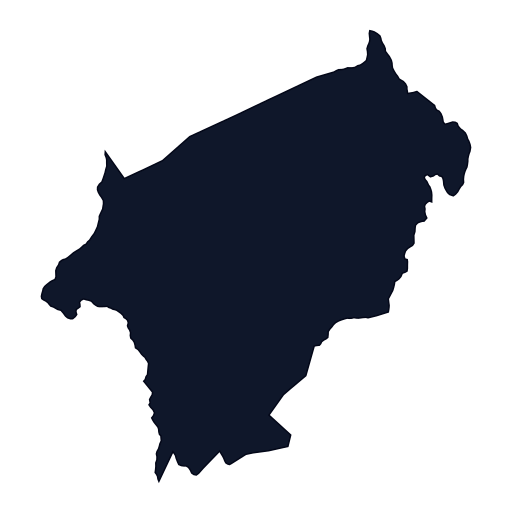 Jaguarari, Bahia, Brazil (Robinson projection)
{"feature_id": "56859067B76706661929889", "entity_name": "Jaguarari", "entity_type": "district", "adm_level": 2, "iso_a3": "BRA", "parent_name": "Brazil", "parent_adm1": "Bahia", "projection": "robinson", "projection_center": [-40.065, -10.053], "detail": "fine", "context": "isolated", "style": "filled", "palette": "ink", "viewbox_px": 512, "rotation_deg": 0, "n_neighbors": 0, "source": "geoboundaries", "source_scale": "gbopen_adm2", "svg_char_len": 4896}
<svg xmlns="http://www.w3.org/2000/svg" viewBox="0 0 512 512"><path d="M453.3,195.8L455.5,194.2L457.7,191.7L459.2,188.9L460.8,186.4L462.6,184.6L463.6,182.4L463.4,179.3L463.7,176.1L464.2,173.8L464.9,171.5L465.9,169.1L466.9,167.1L467.4,164.5L467.8,161.3L467.8,158.9L468.3,156.3L469.1,153.4L469.9,151.5L470.6,147.5L470.0,144.4L468.8,141.1L467.7,139.2L466.8,136.1L465.3,133.0L462.5,130.3L460.8,129.2L459.3,127.6L458.0,125.9L457.2,123.4L455.3,122.3L452.7,122.0L450.5,122.7L448.0,123.5L445.0,124.3L443.2,122.1L442.8,119.6L442.3,117.0L441.0,113.8L439.2,111.3L436.5,109.9L435.3,107.9L434.6,105.5L416.9,91.5L413.2,92.6L407.6,93.5L407.3,91.1L406.9,89.1L406.9,86.8L405.5,83.9L403.3,81.5L401.4,80.4L399.1,79.0L397.6,76.3L395.8,74.0L394.1,71.2L392.5,68.0L392.1,65.2L392.0,63.1L391.3,60.3L389.3,56.5L387.5,54.2L385.4,51.3L385.2,48.6L384.1,45.8L382.3,42.9L381.2,40.4L380.8,38.3L379.9,35.9L377.2,33.7L374.2,31.9L372.1,31.2L369.8,30.7L369.3,33.4L369.6,36.7L369.9,39.1L369.6,41.4L368.9,43.6L367.9,45.7L367.0,48.7L367.5,51.6L367.7,54.7L367.2,57.1L366.4,60.5L364.8,61.9L362.8,63.5L360.3,65.1L357.8,65.7L355.0,67.4L352.1,67.9L349.5,67.9L347.6,67.8L345.9,68.5L343.6,69.3L341.5,69.6L338.6,69.7L336.3,70.7L334.1,72.0L316.6,77.1L276.0,96.3L269.5,99.3L236.0,115.3L189.8,136.6L162.6,160.6L142.9,170.0L139.3,171.6L124.3,178.6L105.3,151.8L105.1,154.7L106.3,157.8L106.7,159.9L106.7,162.9L106.8,166.2L105.8,169.5L105.1,172.7L103.2,178.5L101.9,182.0L99.4,184.2L97.6,187.1L97.5,189.7L98.3,192.1L99.8,194.9L101.5,197.2L103.4,200.5L103.5,203.9L103.1,206.2L102.7,209.0L101.7,211.1L100.2,214.3L99.3,216.3L99.3,219.3L98.7,221.7L98.2,223.7L97.5,226.7L95.6,230.8L94.2,233.6L91.7,236.9L89.6,240.2L87.7,241.8L86.1,244.2L83.7,245.3L81.6,247.3L79.7,249.0L76.7,250.8L73.5,252.8L70.6,255.3L67.8,257.6L65.4,259.1L63.2,259.6L61.5,260.5L59.5,262.2L58.7,264.7L56.7,267.8L55.8,270.7L55.9,273.6L56.0,276.8L55.0,279.5L51.9,280.9L50.2,281.9L48.6,283.2L46.7,284.7L44.7,286.5L43.2,288.8L42.8,290.8L42.0,293.5L41.4,296.3L41.8,298.6L43.6,299.9L45.8,301.0L48.0,302.7L49.2,304.3L50.8,306.1L53.5,307.0L55.4,308.1L57.6,309.4L61.0,310.3L63.4,313.1L65.5,316.0L67.6,317.8L70.6,318.8L72.7,318.7L75.2,316.6L76.7,314.5L75.9,311.9L76.2,309.5L78.5,307.9L80.0,306.7L79.9,304.5L79.5,302.1L81.2,300.1L83.7,298.9L86.1,299.7L88.7,300.2L91.5,301.2L93.8,303.8L95.6,305.1L97.6,306.3L99.4,306.6L101.2,306.6L104.4,306.5L107.2,306.3L108.9,307.5L110.9,308.1L112.9,309.2L114.8,309.6L116.6,310.2L118.9,311.8L121.0,313.3L123.2,315.5L124.0,317.5L125.9,318.6L127.6,320.3L128.3,322.9L127.5,325.8L128.2,327.8L129.6,329.9L130.6,332.7L130.3,335.4L130.8,338.1L132.9,340.1L134.3,342.3L135.1,345.2L135.5,347.8L138.1,349.5L139.9,351.8L141.6,354.2L143.5,356.1L145.0,357.3L146.1,359.3L147.5,361.1L148.6,363.4L148.2,367.1L147.9,370.3L147.5,374.7L146.1,376.6L145.2,379.6L143.7,381.2L152.6,392.2L152.2,394.9L150.9,397.0L149.6,399.5L150.2,402.9L149.0,404.8L150.7,407.3L153.0,409.7L154.5,412.8L153.5,415.6L151.7,417.9L153.1,420.6L154.3,422.5L156.4,425.1L157.9,427.0L158.6,428.9L158.9,432.0L159.5,434.4L160.9,435.8L161.1,438.5L161.3,440.8L159.9,443.9L159.4,446.0L158.6,448.7L157.0,451.6L156.4,453.9L157.0,456.7L156.9,459.9L155.8,462.9L155.9,466.3L155.6,469.5L155.2,472.5L156.4,474.1L157.5,476.2L158.0,479.1L158.9,481.3L172.9,451.7L174.4,453.7L175.5,455.5L176.2,458.3L177.6,461.9L178.8,464.5L181.4,465.6L183.8,465.9L186.2,465.9L188.5,467.4L190.3,470.0L191.7,473.0L193.8,474.5L196.3,475.0L198.6,473.3L203.2,468.1L219.7,451.0L221.2,453.7L222.8,456.3L223.9,458.5L224.8,460.9L225.9,462.9L227.7,464.0L229.5,464.5L231.2,463.6L245.9,454.3L253.0,452.8L268.7,450.7L287.9,446.4L290.7,435.0L268.9,415.1L283.4,394.7L290.1,388.9L305.8,375.7L314.2,346.0L316.6,345.5L319.4,345.2L320.7,343.7L321.6,341.7L323.8,340.0L326.1,338.8L327.8,337.4L328.1,334.4L328.2,331.6L329.9,329.0L331.8,326.9L333.4,324.7L335.6,322.6L338.6,320.9L341.5,319.8L344.6,318.8L347.2,318.1L349.1,318.3L351.7,318.2L353.9,317.6L356.3,318.0L358.5,318.1L363.0,317.5L365.9,317.3L368.0,317.8L376.5,315.7L388.3,312.0L388.7,309.7L389.0,307.4L389.1,305.3L388.7,302.4L388.3,298.8L392.7,290.5L393.6,287.5L394.3,284.6L394.8,281.5L396.7,280.5L398.9,278.9L400.9,276.5L402.3,273.2L405.1,272.2L407.0,271.1L407.4,268.4L407.4,265.0L407.5,261.7L407.2,259.6L404.9,259.0L404.0,256.0L404.6,253.6L405.5,251.0L407.6,248.5L410.0,246.9L412.5,245.4L414.0,243.1L413.9,239.0L413.8,235.2L414.9,231.6L415.1,227.8L415.5,225.2L417.6,222.9L419.4,222.1L422.0,221.3L424.1,221.1L425.5,219.5L426.8,218.0L425.4,215.0L424.7,211.6L425.0,209.0L424.5,206.4L425.2,204.3L427.3,202.2L429.3,201.0L431.7,201.9L431.7,198.5L431.8,195.1L431.5,192.0L430.8,189.5L429.8,186.8L428.6,185.3L427.7,183.4L426.8,181.5L425.3,179.8L424.2,177.7L425.1,175.7L427.4,174.5L430.4,176.8L433.4,175.9L435.2,174.5L437.5,174.0L439.5,175.9L441.8,176.4L443.0,178.5L443.5,180.8L443.7,182.9L443.9,185.0L445.0,188.1L446.2,190.3L447.6,192.6L449.6,194.5L453.3,195.8Z" fill="#0f172a" stroke="#020617" stroke-width="1.5"/></svg>